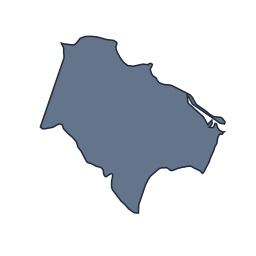 SVG path tracing the border of Stann Creek, rotated 290°
{"feature_id": "BLZ-1355", "entity_name": "Stann Creek", "entity_type": "District", "adm_level": 1, "iso_a3": "BLZ", "parent_name": "Belize", "parent_adm1": "", "projection": "albers", "projection_center": [-88.471, 16.817], "detail": "fine", "context": "isolated", "style": "filled", "palette": "slate", "viewbox_px": 256, "rotation_deg": 290, "n_neighbors": 0, "source": "natural_earth", "source_scale": "10m", "svg_char_len": 2129}
<svg xmlns="http://www.w3.org/2000/svg" viewBox="0 0 256 256"><g transform="rotate(290 128 128)"><path d="M184.9,36.3L185.1,38.8L186.6,45.4L187.7,49.0L190.3,50.5L196.1,52.5L199.5,56.8L201.7,62.4L203.1,68.6L203.8,77.8L205.4,84.7L204.7,88.1L203.0,88.8L200.6,88.8L197.9,89.8L194.9,92.6L191.1,96.9L188.0,101.9L186.6,106.5L187.9,111.8L193.2,120.3L194.3,125.3L194.8,125.3L195.8,126.0L196.5,127.3L196.2,129.0L195.2,129.3L191.6,128.8L190.4,129.0L186.9,131.8L185.5,133.6L185.0,136.2L184.4,137.6L183.0,139.0L181.6,140.9L181.0,143.9L181.3,147.4L182.6,151.9L182.9,154.7L180.4,175.1L178.7,178.2L176.3,180.7L173.5,184.3L170.4,196.1L168.9,199.7L168.0,204.7L169.8,212.0L168.6,214.6L166.7,217.2L164.8,217.3L164.0,212.9L172.6,180.2L177.2,175.3L179.0,172.4L171.8,176.1L164.3,195.0L158.3,202.0L160.2,202.3L164.0,204.1L162.1,205.1L160.7,205.5L159.0,205.2L156.5,204.1L157.0,206.7L157.7,207.9L159.2,208.2L162.1,208.1L162.1,209.8L159.2,211.8L157.1,214.7L156.6,218.2L157.3,219.7L154.2,218.4L153.4,216.2L152.3,215.9L149.5,215.7L143.8,216.7L142.6,216.6L141.0,216.2L138.2,216.1L137.0,216.3L126.2,215.6L125.4,215.8L123.7,215.8L112.5,214.3L110.8,213.6L111.3,212.3L111.8,211.6L112.4,210.5L112.4,209.3L112.6,208.3L113.0,203.6L113.4,201.8L113.5,200.8L113.4,199.7L112.9,198.3L111.8,196.1L111.0,195.1L110.4,193.8L109.7,192.6L109.1,191.5L108.2,190.4L107.3,188.9L104.0,185.2L102.8,183.6L102.7,182.1L103.7,179.5L103.8,178.3L103.8,177.2L103.0,176.0L102.2,173.5L101.4,172.2L100.0,170.9L90.5,165.6L86.4,164.6L80.2,163.9L59.5,164.4L51.6,166.9L50.6,163.3L50.6,162.1L52.2,156.4L55.1,151.0L56.8,146.7L64.4,134.9L65.7,133.6L67.2,132.6L72.5,130.8L77.4,130.0L78.5,129.7L79.4,128.9L79.5,128.0L78.4,126.8L74.8,124.2L74.6,123.2L75.1,122.3L76.6,120.8L79.3,119.5L80.2,118.8L80.9,117.8L81.4,116.6L81.6,115.2L81.2,111.6L81.3,110.1L81.9,106.2L82.0,104.5L81.7,103.3L81.7,102.0L82.2,100.6L90.5,91.5L92.4,88.2L93.7,86.9L96.9,84.6L98.6,82.2L100.3,78.9L102.0,74.3L104.8,68.5L105.7,67.2L107.3,66.1L108.5,64.8L108.6,62.4L106.8,60.4L102.9,57.1L99.0,50.5L98.0,48.1L98.9,45.3L171.7,43.9L174.3,43.1L175.7,42.3L181.3,40.1L184.9,36.3Z" fill="#64748b" stroke="#1e293b" stroke-width="1.5"/></g></svg>